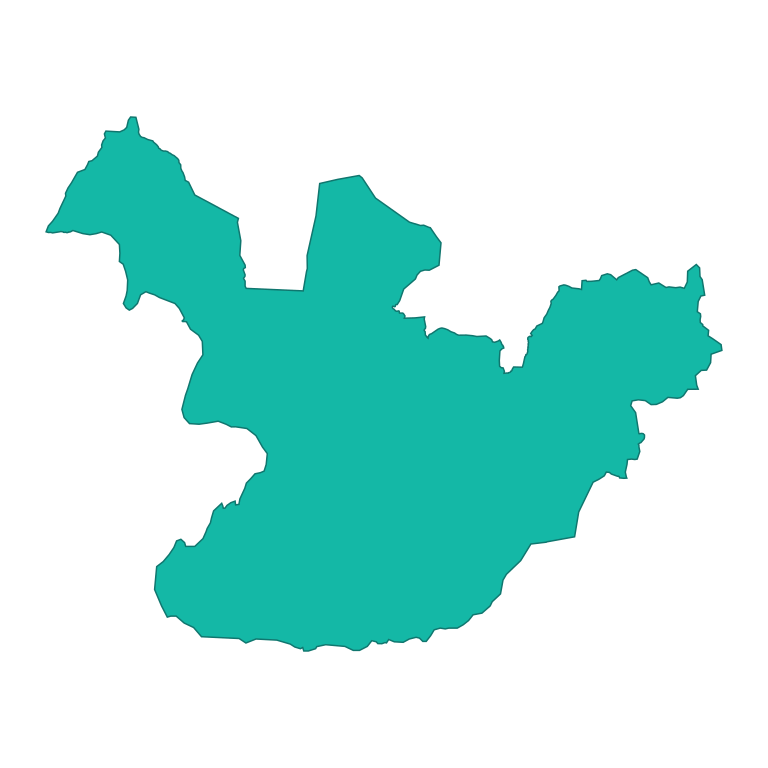 Chikun, Kaduna, Nigeria (Mercator projection)
{"feature_id": "59680162B24550873512487", "entity_name": "Chikun", "entity_type": "district", "adm_level": 2, "iso_a3": "NGA", "parent_name": "Nigeria", "parent_adm1": "Kaduna", "projection": "mercator", "projection_center": [7.25, 10.419], "detail": "fine", "context": "isolated", "style": "filled", "palette": "teal", "viewbox_px": 768, "rotation_deg": 0, "n_neighbors": 0, "source": "geoboundaries", "source_scale": "gbopen_adm2", "svg_char_len": 6086}
<svg xmlns="http://www.w3.org/2000/svg" viewBox="0 0 768 768"><path d="M574.6,536.8L578.7,512.0L593.1,482.2L599.2,479.1L604.3,475.8L606.3,472.1L609.4,472.4L611.3,474.0L617.3,476.2L618.8,476.3L619.1,476.6L619.6,477.9L623.9,478.3L626.8,478.1L626.3,476.8L625.3,472.1L627.0,464.4L627.5,459.5L631.5,459.1L634.9,459.5L637.2,459.1L639.8,451.5L638.9,446.7L638.9,445.1L638.3,444.1L639.6,443.1L640.9,442.6L644.1,438.9L644.5,437.2L644.5,435.0L643.2,433.7L642.4,433.5L641.3,433.4L639.2,433.8L638.9,433.6L635.6,412.6L630.7,405.7L632.1,400.9L638.3,399.8L645.3,400.6L651.1,404.6L656.4,404.4L662.5,401.8L667.9,397.4L677.3,398.2L680.4,397.7L683.4,395.6L687.7,389.3L698.2,389.2L696.7,385.1L695.4,375.7L701.2,370.4L706.6,370.1L710.6,362.7L711.1,354.2L721.9,350.4L721.1,344.6L712.8,338.8L708.1,335.8L708.6,330.3L702.8,325.9L702.7,324.5L700.3,322.5L700.1,319.8L700.7,316.4L700.4,313.8L697.3,311.7L698.2,301.5L700.9,296.0L704.7,295.2L702.2,279.7L700.0,276.5L699.6,267.9L696.3,264.5L687.7,271.2L687.3,282.0L684.3,288.3L680.1,287.1L675.7,287.7L669.0,286.9L666.0,287.5L658.8,283.0L651.1,284.8L649.3,281.9L647.7,277.7L635.8,269.6L632.5,270.2L618.3,277.6L616.7,279.8L610.7,274.7L607.3,273.8L601.7,275.6L600.4,278.7L599.2,280.5L591.6,281.3L586.8,281.4L586.0,280.3L582.1,280.7L581.5,289.5L579.1,288.8L571.9,288.0L569.0,286.4L565.7,285.2L563.8,284.9L559.9,286.0L558.9,286.8L559.1,290.6L558.4,291.6L557.8,292.0L555.9,295.4L553.0,299.3L552.2,299.7L551.2,300.7L550.9,301.4L551.2,303.5L549.9,307.4L548.5,310.0L546.7,314.2L544.1,317.8L543.0,321.8L542.3,323.4L536.8,326.0L535.2,328.9L533.6,329.7L532.3,331.2L530.7,333.5L532.2,335.4L531.2,336.6L530.5,336.5L530.2,336.2L529.3,336.5L528.0,337.5L527.8,338.1L527.8,339.5L528.4,340.5L528.2,341.3L528.6,342.3L528.3,343.3L528.4,343.6L528.1,344.1L528.4,344.5L528.2,345.5L528.2,346.1L528.0,346.5L528.3,347.2L527.9,347.5L527.9,349.1L527.6,349.7L527.8,351.8L527.4,352.3L527.4,353.0L526.7,354.4L526.3,354.8L525.9,354.7L525.6,355.9L524.9,356.8L523.4,363.7L522.4,367.1L522.0,367.2L513.6,367.0L512.1,369.5L512.0,370.4L511.3,371.2L510.8,371.2L510.7,371.6L509.9,372.4L508.5,372.7L508.3,373.1L506.9,373.0L504.0,373.3L504.4,371.3L503.1,367.9L501.3,367.7L499.6,366.3L499.3,360.5L499.9,351.2L500.2,350.6L502.0,348.8L503.8,348.0L503.4,346.4L502.8,345.9L502.9,345.4L501.9,344.5L501.1,342.3L499.7,340.0L498.3,341.0L494.7,342.3L492.5,341.8L491.7,339.7L490.2,338.5L486.1,336.0L476.8,336.5L472.5,335.7L466.2,335.1L458.7,335.2L456.6,334.4L454.6,333.0L450.9,331.7L447.8,329.8L444.6,328.6L441.9,328.0L440.2,328.3L438.0,329.2L431.5,333.7L430.0,334.2L429.1,334.9L428.1,336.7L428.0,338.1L427.0,337.3L426.6,336.5L425.4,335.1L425.1,331.6L424.2,330.6L424.4,329.4L425.4,328.5L425.7,326.6L424.2,319.1L424.6,316.9L415.0,317.9L404.3,318.2L405.0,316.0L403.6,313.8L402.8,313.1L399.9,313.1L399.4,312.9L399.2,311.2L398.5,310.9L396.7,311.3L395.4,310.8L394.2,309.3L393.3,308.9L392.5,308.0L392.3,307.2L392.7,306.3L393.6,306.3L394.5,306.7L395.2,306.5L395.5,305.2L396.1,304.5L397.2,304.5L399.7,300.6L403.7,289.1L415.4,279.0L417.0,275.1L420.4,271.3L424.8,270.0L429.3,270.2L439.0,265.2L441.0,242.8L436.5,236.8L430.3,227.7L429.0,227.4L423.7,225.2L420.5,225.5L409.5,222.2L375.5,198.1L362.2,177.9L359.2,175.5L337.6,179.4L319.7,183.5L316.0,215.9L307.1,255.6L307.3,268.6L306.5,271.6L303.2,290.9L246.2,288.4L245.1,286.2L245.1,281.1L243.6,278.6L243.7,278.0L244.9,276.5L245.1,274.9L243.3,269.9L243.7,268.5L245.3,267.6L245.1,265.1L239.8,255.4L240.8,240.7L237.4,222.3L238.4,218.4L194.8,195.0L188.6,182.2L185.2,180.4L184.6,176.9L182.9,172.4L182.1,171.4L180.8,168.3L180.7,164.8L179.0,162.6L178.8,160.3L177.8,158.8L174.1,155.6L172.1,154.7L170.3,153.3L169.1,152.9L167.6,151.6L165.3,151.0L163.7,151.1L161.7,150.4L160.6,149.7L160.0,148.8L158.7,148.2L158.2,146.7L156.6,144.7L153.6,142.2L152.8,140.9L147.7,139.5L144.0,137.7L142.2,137.4L140.6,136.5L139.1,134.2L138.5,132.2L138.9,129.3L135.9,117.3L130.6,117.0L128.4,120.2L126.7,127.4L124.1,129.9L119.7,131.9L105.9,131.1L104.4,133.9L105.4,138.0L103.1,140.8L101.6,145.0L101.9,147.4L98.4,152.2L97.4,156.1L92.0,160.7L88.8,161.5L87.6,164.5L84.9,169.5L77.5,172.3L71.5,182.8L68.1,187.8L65.5,193.3L65.8,196.1L59.9,208.6L58.2,213.2L52.6,221.2L48.4,225.9L46.1,231.8L48.4,232.5L50.7,232.4L52.6,232.9L60.2,231.7L60.8,231.5L63.2,231.9L63.5,232.3L65.1,232.4L65.5,232.2L67.0,232.7L68.4,232.3L68.9,231.9L69.4,232.1L70.5,231.8L72.9,230.5L82.9,233.6L89.9,234.7L96.3,233.6L101.7,232.0L110.8,235.2L119.4,244.5L119.9,253.3L119.4,261.5L123.2,264.2L125.6,271.3L127.7,280.0L127.2,290.4L126.1,295.9L123.4,303.5L126.1,307.9L129.3,310.1L132.6,308.4L137.4,303.5L140.6,294.8L145.9,291.7L149.4,293.1L154.6,294.8L159.4,297.5L175.0,303.5L179.3,308.4L184.3,317.8L183.6,319.7L182.2,321.0L182.8,321.6L184.5,321.5L186.5,321.8L190.5,329.2L198.6,335.2L202.3,341.4L202.9,354.8L197.5,363.0L192.1,374.5L187.8,388.7L185.5,395.2L181.9,409.4L184.1,417.6L189.5,423.6L199.1,424.2L207.2,423.1L218.2,421.2L226.0,424.2L231.3,426.9L235.6,426.8L246.9,428.5L256.0,435.6L262.5,447.1L267.3,453.6L266.2,464.5L264.1,471.1L260.3,472.7L255.0,473.8L250.7,478.7L246.4,483.1L244.8,488.3L239.9,498.9L238.9,504.4L235.6,504.9L235.1,501.1L230.8,502.7L227.0,505.4L224.9,508.2L223.3,508.2L222.8,506.0L221.7,503.3L213.6,510.9L211.5,518.0L210.4,522.9L207.2,528.4L206.1,531.6L203.0,538.6L194.8,546.4L185.7,546.4L184.6,542.6L180.9,539.3L176.6,540.9L173.9,547.5L169.1,554.6L163.2,561.6L156.7,566.6L154.6,589.5L161.5,605.8L167.3,617.1L170.8,616.1L176.2,616.1L184.1,623.0L193.6,627.5L201.5,636.7L239.1,638.5L245.9,643.0L256.0,639.0L276.8,640.1L290.3,644.1L294.8,647.0L300.4,648.7L302.7,647.5L303.8,651.0L308.3,651.0L315.6,648.7L316.8,646.6L325.7,644.7L344.9,646.4L353.3,650.4L359.5,650.4L367.3,646.4L371.8,640.7L376.3,641.8L377.8,643.6L381.9,643.7L384.9,642.6L386.5,642.9L388.7,639.5L394.3,641.8L403.2,642.3L409.3,639.0L416.1,637.3L419.5,638.1L422.8,641.4L426.2,641.4L430.7,635.6L434.2,629.8L440.2,628.1L445.3,628.9L448.8,628.1L457.3,628.1L463.3,624.7L468.6,620.5L473.1,614.8L482.0,613.1L490.2,605.9L492.2,601.7L500.5,593.9L503.0,580.1L506.4,574.3L520.7,560.6L530.9,544.0L546.2,542.2L547.0,541.8L574.6,536.8Z" fill="#14b8a6" stroke="#0f766e" stroke-width="1.5"/></svg>